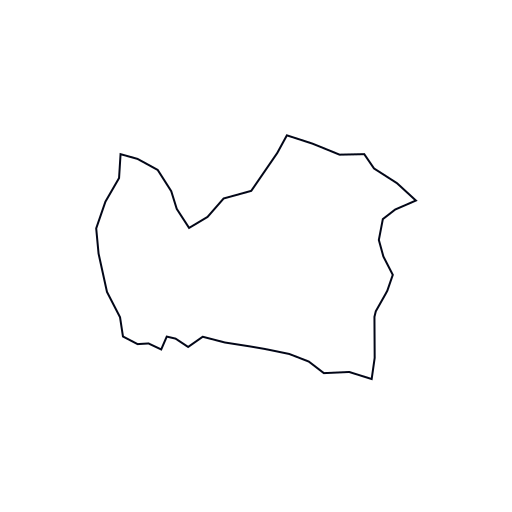 Ngourkosso, Logone Occidental, Chad (Mercator projection), rotated 133°
{"feature_id": "50815135B58104899779962", "entity_name": "Ngourkosso", "entity_type": "district", "adm_level": 2, "iso_a3": "TCD", "parent_name": "Chad", "parent_adm1": "Logone Occidental", "projection": "mercator", "projection_center": [16.377, 8.968], "detail": "fine", "context": "isolated", "style": "outline", "palette": "ink", "viewbox_px": 512, "rotation_deg": 133, "n_neighbors": 0, "source": "geoboundaries", "source_scale": "gbopen_adm2", "svg_char_len": 884}
<svg xmlns="http://www.w3.org/2000/svg" viewBox="0 0 512 512"><g transform="rotate(133 256 256)"><path d="M273.9,424.5L292.4,409.3L318.9,403.2L344.8,391.7L361.6,372.8L383.9,340.5L393.5,313.7L405.6,298.4L401.2,282.5L397.4,278.9L393.2,274.9L393.0,274.1L389.0,261.6L375.8,266.3L371.3,258.5L369.2,246.0L369.2,245.5L369.1,245.4L368.8,243.6L351.4,239.9L340.5,219.8L326.2,198.7L318.0,186.2L316.8,184.2L316.7,184.1L311.5,175.6L310.3,173.6L305.0,164.9L297.2,145.4L295.4,126.5L277.3,108.8L267.1,87.5L249.6,99.7L219.7,127.9L214.7,130.7L195.6,135.3L191.8,136.3L176.5,143.1L169.5,162.5L160.5,177.1L142.5,188.4L127.1,185.9L120.9,183.2L106.4,176.9L106.6,202.5L111.5,229.4L107.7,246.3L124.9,264.0L135.3,291.3L146.7,315.7L166.2,310.7L211.6,303.9L236.0,318.9L260.5,318.1L281.1,324.1L275.6,346.1L266.4,362.2L260.1,386.6L265.8,408.9L273.9,424.5Z" fill="none" stroke="#020617" stroke-width="2"/></g></svg>